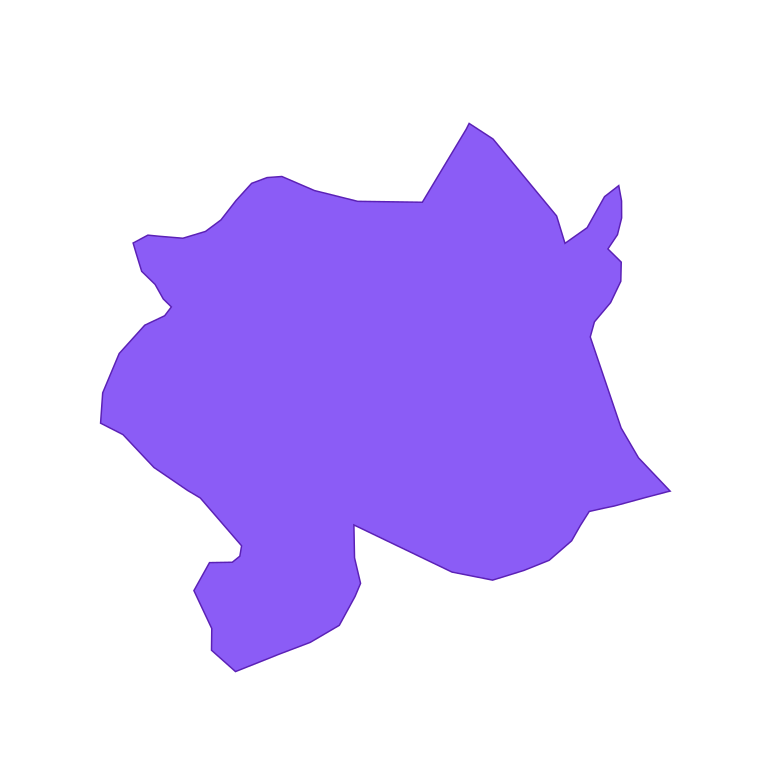 SVG path tracing the border of Conwy, rotated 73°
{"feature_id": "GBR-2129", "entity_name": "Conwy", "entity_type": "Unitary Authority (wales)", "adm_level": 1, "iso_a3": "GBR", "parent_name": "United Kingdom", "parent_adm1": "", "projection": "orthographic", "projection_center": [-3.743, 53.137], "detail": "fine", "context": "isolated", "style": "filled", "palette": "violet", "viewbox_px": 768, "rotation_deg": 73, "n_neighbors": 0, "source": "natural_earth", "source_scale": "10m", "svg_char_len": 1058}
<svg xmlns="http://www.w3.org/2000/svg" viewBox="0 0 768 768"><g transform="rotate(73 384 384)"><path d="M159.7,226.4L181.6,208.1L273.8,169.8L302.4,169.8L293.9,144.0L269.3,118.3L262.9,101.5L278.4,103.3L294.7,108.2L309.5,117.1L320.3,130.4L336.8,121.5L355.0,127.5L372.4,143.5L386.1,164.6L399.3,173.0L495.4,170.1L529.0,162.2L570.1,141.7L569.9,144.5L569.0,167.0L568.0,199.6L567.0,210.5L565.9,225.0L576.8,237.7L588.8,250.4L600.9,277.6L603.2,304.8L603.3,337.5L583.8,373.9L510.0,454.0L541.6,463.0L567.8,464.7L578.7,473.8L601.7,497.3L609.5,530.0L611.8,564.5L615.6,610.1L588.2,626.8L567.5,620.2L526.0,626.2L503.8,603.1L510.1,581.2L506.5,572.2L497.1,567.5L439.3,593.0L428.3,603.0L396.6,628.4L356.1,648.4L338.6,666.5L310.2,655.6L277.4,628.3L257.8,595.6L254.6,573.8L248.1,564.8L238.2,570.2L221.8,573.8L205.4,582.8L185.6,582.8L175.8,582.7L172.6,566.3L177.1,555.5L185.8,533.7L185.9,510.1L179.4,491.9L165.3,471.9L153.4,451.9L152.4,435.5L155.7,421.0L178.7,393.9L201.6,355.8L221.4,294.2L164.4,230.9L159.7,226.4Z" fill="#8b5cf6" stroke="#5b21b6" stroke-width="1.5"/></g></svg>